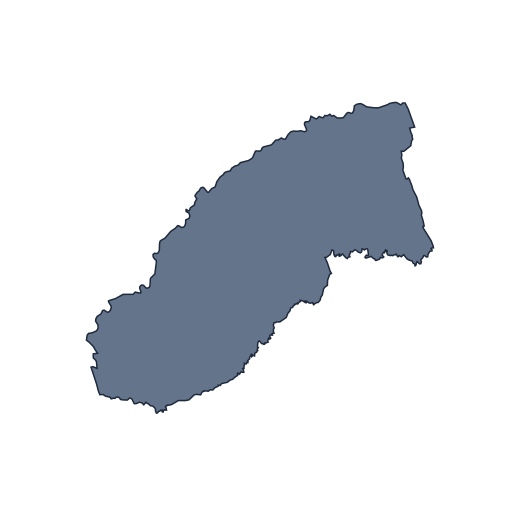 Crnel. Marcelino Maridueña, Guayas, Ecuador, rotated 334°
{"feature_id": "8360857B68184402536651", "entity_name": "Crnel. Marcelino Maridueña", "entity_type": "district", "adm_level": 2, "iso_a3": "ECU", "parent_name": "Ecuador", "parent_adm1": "Guayas", "projection": "natural_earth1", "projection_center": [-79.381, -2.239], "detail": "fine", "context": "isolated", "style": "filled", "palette": "slate", "viewbox_px": 512, "rotation_deg": 334, "n_neighbors": 0, "source": "geoboundaries", "source_scale": "gbopen_adm2", "svg_char_len": 6107}
<svg xmlns="http://www.w3.org/2000/svg" viewBox="0 0 512 512"><g transform="rotate(334 256 256)"><path d="M400.3,167.4L395.5,169.8L394.1,169.7L389.5,167.6L387.5,163.8L385.3,163.5L384.6,161.0L381.7,161.2L379.5,159.9L377.1,161.1L376.0,160.6L373.9,158.3L370.6,159.3L369.6,158.5L366.7,154.5L363.6,157.9L361.9,158.2L359.3,157.1L358.1,157.5L357.2,159.0L356.9,164.2L356.7,165.0L355.5,165.8L353.9,165.5L351.1,163.0L347.7,162.0L344.2,160.0L341.4,159.7L338.1,160.9L333.6,163.9L332.1,163.1L330.5,161.0L326.8,161.4L324.5,160.5L318.6,162.9L310.4,161.2L308.4,161.8L308.1,162.4L307.0,163.2L305.3,163.4L302.2,161.6L301.3,161.6L296.1,166.1L294.8,166.5L291.0,166.9L282.8,165.2L279.8,166.5L276.5,165.9L272.8,166.4L270.1,168.2L266.4,167.3L264.1,167.3L262.6,168.4L258.3,169.3L253.6,171.9L249.4,176.1L245.7,176.0L241.2,178.0L240.4,177.5L239.0,171.6L237.8,170.7L236.0,170.7L233.4,172.5L231.2,173.0L227.8,174.8L227.4,175.9L227.9,178.6L224.4,181.1L223.0,183.1L218.3,183.9L216.0,185.9L214.6,185.5L213.9,183.7L213.5,183.6L212.7,185.4L214.6,188.1L214.0,191.1L212.4,192.8L208.6,192.8L207.1,195.7L205.6,197.4L204.5,198.0L203.5,198.4L201.4,197.5L199.8,194.9L198.8,194.4L195.7,195.7L190.1,196.5L181.9,200.1L177.7,200.3L176.2,200.7L174.6,202.8L171.6,208.5L169.4,210.3L168.2,210.4L165.9,209.0L164.1,209.5L163.2,211.8L163.5,214.1L164.4,216.2L163.7,217.9L157.2,227.8L151.6,229.7L150.7,230.8L147.7,236.2L146.5,237.3L144.8,237.4L143.2,236.7L142.1,233.1L140.8,232.0L139.4,232.1L138.1,232.7L137.3,234.1L136.8,238.2L135.8,238.7L131.6,235.5L128.8,236.6L119.7,232.2L111.0,232.7L104.0,231.6L103.6,231.9L103.4,233.2L103.8,237.2L103.5,238.7L101.1,241.1L99.5,241.7L98.3,241.6L97.4,240.9L95.7,238.0L94.2,237.8L91.2,240.1L86.7,240.7L84.5,242.3L83.3,244.2L83.7,249.0L82.6,251.2L81.2,252.7L79.1,253.4L75.0,253.2L71.7,252.2L69.8,252.9L66.7,257.2L68.5,261.0L70.2,266.3L70.3,269.7L71.0,273.9L66.9,272.6L66.4,273.4L65.1,276.2L66.2,279.5L66.2,281.2L63.9,287.3L60.8,283.9L59.0,283.6L56.6,301.1L55.2,307.9L54.8,312.2L57.8,313.4L59.2,315.9L63.1,319.1L63.0,320.6L63.4,321.0L65.5,321.3L66.8,322.1L68.5,321.6L70.5,322.6L71.1,323.6L71.3,325.5L73.1,326.9L77.2,329.1L80.2,328.3L80.9,328.7L81.8,330.6L81.8,335.3L83.7,336.2L87.2,336.3L89.2,338.2L89.9,340.6L93.0,339.2L93.4,340.5L94.5,341.7L95.5,344.3L97.4,345.6L98.4,348.1L98.5,349.2L97.7,351.5L97.6,353.5L97.9,353.8L98.9,353.8L100.3,353.0L101.3,353.3L103.0,352.8L103.6,353.3L103.4,354.9L103.9,355.5L104.4,355.4L105.0,353.8L108.0,355.3L108.6,353.4L108.6,351.6L109.4,351.2L110.3,351.6L111.0,351.1L112.3,351.9L115.0,352.5L122.8,351.9L129.2,355.0L132.7,355.9L139.6,353.7L141.7,354.2L145.4,356.5L148.0,354.6L149.0,354.7L149.6,354.2L150.2,354.9L151.3,354.9L153.8,356.6L156.1,356.2L158.5,357.5L161.3,356.3L164.7,356.5L165.4,355.5L167.0,356.7L169.2,355.6L174.6,356.9L176.7,356.7L177.7,356.1L181.0,356.6L183.7,355.7L187.3,355.2L187.7,354.7L187.6,353.8L188.1,353.3L189.0,353.7L189.4,354.9L192.0,353.5L192.6,354.5L194.0,355.2L194.9,352.7L194.7,351.4L196.0,351.7L197.3,349.0L198.0,348.9L198.5,347.3L200.0,348.7L201.1,347.7L201.9,348.3L202.6,347.3L202.4,346.5L205.0,345.7L206.2,343.9L207.5,343.4L208.8,342.2L209.3,342.8L208.2,344.5L209.8,344.0L210.9,345.2L212.3,342.9L213.3,342.6L214.2,342.9L214.7,342.0L216.1,341.9L216.1,340.4L218.0,339.3L217.5,338.6L217.8,337.7L219.5,335.0L220.9,333.8L222.0,334.0L222.6,337.1L223.3,337.4L224.3,338.9L225.1,339.0L225.3,338.1L225.7,337.9L226.5,338.5L229.2,338.7L229.2,337.6L231.3,335.4L231.9,336.8L233.2,336.3L233.1,334.1L233.7,333.3L234.3,333.3L236.1,334.4L236.3,334.3L235.8,333.3L236.2,332.9L237.1,332.7L238.3,333.3L238.7,331.1L239.5,329.6L240.9,328.6L241.0,326.3L242.9,323.8L244.4,324.5L245.5,324.2L248.6,325.7L256.3,324.5L259.5,321.5L262.5,320.2L264.3,318.0L266.5,318.2L267.8,317.0L269.1,317.0L269.4,316.3L269.9,316.7L272.4,316.5L272.1,317.2L272.6,317.4L274.2,316.5L276.1,316.3L276.3,315.2L278.4,316.8L279.5,318.9L280.0,318.0L280.7,318.1L280.7,319.9L281.1,319.7L281.3,318.8L281.7,318.7L282.7,320.9L284.1,322.3L286.3,322.5L286.4,325.1L286.9,325.1L287.4,324.3L287.8,324.7L290.1,324.5L291.5,325.0L294.4,323.7L296.0,321.6L298.5,320.1L302.4,315.1L304.3,314.2L307.3,313.7L309.7,309.2L314.2,304.8L316.2,304.7L316.0,302.0L317.2,292.9L317.3,287.5L318.8,288.1L323.5,287.2L326.8,283.9L327.5,284.3L327.9,285.4L326.7,288.8L326.6,290.5L327.0,291.4L327.6,291.5L328.3,290.4L329.3,290.9L331.7,290.6L332.1,291.2L330.6,292.3L330.8,292.8L332.2,292.9L334.6,292.1L336.0,297.0L336.9,298.3L338.5,297.4L340.1,297.9L340.3,295.9L342.2,294.6L342.9,293.3L344.5,294.6L347.6,293.7L348.8,295.1L349.5,297.1L351.1,298.9L352.5,298.7L353.7,297.4L354.3,296.1L355.3,296.6L356.1,298.1L358.3,297.8L359.0,298.1L359.3,299.2L357.5,304.5L356.8,304.5L355.5,303.6L353.5,304.7L353.3,305.3L354.0,306.1L359.4,306.9L360.4,309.7L361.4,310.5L361.4,312.1L361.8,312.6L365.7,313.0L367.2,311.8L368.7,313.1L370.2,313.1L370.5,312.5L369.7,310.8L369.9,310.2L372.2,308.6L372.9,309.4L373.8,308.4L375.1,308.9L374.7,307.6L375.2,307.4L376.2,308.7L375.1,310.2L374.8,312.2L375.1,313.0L377.2,314.7L378.3,314.7L378.9,315.6L380.8,315.5L381.7,316.0L382.7,315.7L383.1,318.8L383.7,319.0L384.8,318.3L386.3,320.4L389.3,319.5L390.5,325.0L391.9,326.9L394.2,329.0L394.1,331.3L395.1,332.7L394.7,334.6L395.7,334.4L397.3,332.4L398.4,331.6L399.5,334.7L400.7,335.2L402.1,333.9L402.3,331.7L405.2,330.6L406.9,329.1L407.5,329.3L408.9,331.7L410.0,332.0L411.2,330.1L413.7,328.3L414.5,328.0L416.4,328.6L416.9,327.7L416.6,326.0L417.5,325.8L419.1,326.5L419.6,324.7L420.1,319.1L418.6,304.3L419.0,302.7L420.2,302.9L420.4,302.4L421.6,297.6L422.5,291.8L423.9,290.1L424.6,287.8L424.7,281.6L426.3,273.5L426.1,265.3L426.9,261.1L427.5,254.0L427.1,252.5L425.7,253.1L424.6,252.5L425.7,242.8L426.8,241.7L427.8,239.9L428.9,237.1L429.5,231.7L431.3,229.3L432.5,225.5L434.8,226.7L443.5,224.7L446.2,220.8L448.1,219.7L448.5,217.4L449.2,216.3L449.4,212.9L450.2,208.4L455.1,209.7L457.2,190.6L457.1,183.8L454.8,182.8L452.9,183.6L452.2,183.4L449.8,179.8L447.8,178.7L442.8,177.4L441.0,177.7L431.0,176.5L427.0,174.5L420.8,170.4L418.4,166.7L417.0,165.0L415.5,164.4L413.1,163.8L410.3,164.1L407.6,168.1L405.4,169.8L404.3,169.6L402.0,167.5L400.3,167.4Z" fill="#64748b" stroke="#1e293b" stroke-width="1.5"/></g></svg>